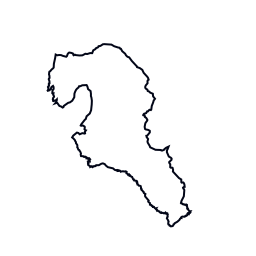 the district of Loeng Nok Tha, Yasothon, Thailand, rotated 42°
{"feature_id": "78962969B75091114631629", "entity_name": "Loeng Nok Tha", "entity_type": "district", "adm_level": 2, "iso_a3": "THA", "parent_name": "Thailand", "parent_adm1": "Yasothon", "projection": "mercator", "projection_center": [104.626, 16.21], "detail": "fine", "context": "isolated", "style": "outline", "palette": "ink", "viewbox_px": 256, "rotation_deg": 42, "n_neighbors": 0, "source": "geoboundaries", "source_scale": "gbopen_adm2", "svg_char_len": 5922}
<svg xmlns="http://www.w3.org/2000/svg" viewBox="0 0 256 256"><g transform="rotate(42 128 128)"><path d="M209.5,133.8L207.5,132.1L206.1,131.5L205.5,131.5L204.4,132.7L203.9,132.6L202.0,130.6L199.4,131.1L190.5,130.3L189.6,129.0L187.8,127.8L187.4,127.9L186.3,128.9L185.6,128.9L183.7,126.7L182.0,126.3L181.4,125.8L181.6,122.5L180.8,121.5L179.8,121.4L177.4,121.9L173.0,119.9L171.8,118.3L171.7,117.5L170.6,114.7L169.5,117.3L169.2,119.4L169.5,119.7L168.6,121.8L167.8,122.4L167.2,122.3L163.0,125.8L157.4,127.5L156.1,126.8L152.5,125.7L151.5,125.0L150.3,122.7L148.0,122.3L146.9,121.5L147.4,120.9L147.2,117.1L147.0,116.4L146.0,115.5L144.3,115.9L142.1,117.2L141.3,117.3L139.6,116.0L138.0,113.4L137.6,112.5L137.3,109.5L136.8,108.9L134.8,108.3L133.2,108.5L132.8,108.0L132.3,108.0L132.0,107.7L130.8,108.3L130.5,107.9L130.4,106.7L131.5,104.8L131.1,102.8L131.7,102.3L131.7,100.3L131.9,99.9L133.0,99.4L133.0,98.8L130.9,95.7L129.6,92.2L128.7,90.4L128.5,88.2L125.5,87.7L123.5,85.9L120.8,86.9L119.6,86.7L117.9,87.3L116.7,86.5L115.2,86.8L114.3,86.7L113.5,86.2L113.1,85.6L112.7,84.4L112.6,81.7L111.0,80.0L110.8,78.9L111.0,78.3L109.5,77.4L108.0,77.0L102.7,76.5L99.7,75.2L96.6,75.6L94.0,76.7L93.5,76.3L85.9,75.6L81.6,74.7L80.0,75.4L79.1,75.4L77.8,75.3L76.2,74.7L72.3,74.8L69.8,73.9L69.3,74.3L68.0,74.0L67.0,74.7L63.0,76.5L59.9,77.1L54.3,81.5L53.3,82.6L52.6,85.4L51.4,86.9L51.7,87.6L51.6,88.6L50.9,89.7L50.8,90.6L51.0,91.2L50.2,93.5L51.3,96.3L49.7,97.7L48.2,100.3L46.6,101.4L45.5,104.5L43.4,106.6L40.2,108.9L39.5,109.0L39.0,110.3L38.3,110.2L37.8,109.7L37.1,109.5L35.3,110.3L33.8,111.3L33.6,112.3L33.7,113.5L34.5,115.4L34.4,116.4L31.3,118.0L29.5,118.6L27.9,119.9L26.8,121.3L25.1,121.8L27.0,124.7L29.9,129.8L32.3,132.8L32.4,133.6L32.1,135.8L32.2,137.7L31.9,138.7L32.1,139.2L33.5,141.1L34.6,141.7L36.2,143.3L36.2,144.3L36.6,144.9L38.2,145.7L39.7,147.2L39.5,147.7L39.9,147.8L40.0,148.6L40.9,149.3L40.9,149.7L41.3,150.3L41.1,150.6L41.4,150.7L41.5,151.4L42.2,151.6L42.9,152.8L43.3,153.0L43.1,154.7L44.4,152.5L44.4,151.3L44.7,150.8L44.0,149.7L43.7,148.7L44.1,146.9L45.2,147.3L46.3,148.4L46.7,149.1L46.7,150.4L48.4,152.8L49.2,152.9L49.5,152.2L50.5,153.5L51.8,153.9L52.2,154.5L52.2,155.6L52.5,156.2L52.9,157.0L53.2,157.2L53.5,157.1L54.2,158.0L54.6,157.9L55.5,156.3L56.0,155.1L56.0,154.4L56.3,154.7L57.3,156.7L57.4,158.4L58.1,157.1L58.6,156.7L62.3,157.5L63.8,156.8L65.7,156.6L66.0,155.9L66.0,155.4L65.5,154.6L66.7,149.3L67.7,147.8L68.3,145.0L67.5,141.1L65.2,138.3L64.5,136.6L63.9,134.6L63.8,133.0L64.1,131.0L63.7,129.7L64.7,128.7L65.4,126.9L68.5,123.8L70.0,124.3L72.3,125.8L75.5,125.6L77.7,127.5L79.0,129.0L80.5,129.9L82.9,131.9L85.3,134.8L88.7,139.5L89.9,142.8L89.4,147.0L90.6,149.6L90.4,150.9L90.8,156.5L91.2,157.8L91.7,157.7L92.4,156.8L93.2,156.2L94.9,156.0L95.8,156.8L96.4,158.0L97.6,158.2L98.3,157.9L98.5,159.8L99.7,160.7L99.6,161.1L97.5,162.4L96.3,165.0L94.5,164.9L93.1,165.6L92.4,170.3L92.8,172.4L94.4,172.3L96.9,172.6L97.6,173.1L98.7,173.3L99.5,174.1L101.5,174.5L102.4,175.2L103.2,176.3L104.0,176.4L104.5,176.8L105.7,177.3L106.5,177.0L107.2,177.4L108.1,177.4L110.1,178.4L110.6,179.4L111.9,180.3L113.7,178.9L114.3,179.0L114.7,178.5L115.0,178.6L115.7,177.7L116.4,177.7L117.1,178.2L117.2,177.9L117.5,178.0L117.6,177.6L118.1,177.7L118.3,177.4L118.7,177.6L119.1,176.8L119.6,177.0L119.9,176.8L119.9,176.5L120.7,176.6L120.6,177.0L120.9,177.1L121.2,177.7L121.0,178.0L121.6,178.3L121.2,178.7L121.8,178.9L121.3,179.4L121.1,179.1L120.8,179.6L121.4,179.7L121.3,180.0L121.7,180.3L121.4,180.4L121.5,180.7L123.1,182.1L125.6,181.8L125.8,182.0L125.9,181.7L126.1,181.9L126.3,181.3L127.6,180.9L127.3,180.3L128.2,179.8L128.2,179.1L128.9,178.7L129.3,178.1L129.1,177.7L129.4,177.3L129.3,176.9L131.2,175.2L132.1,172.4L133.0,171.1L134.9,170.4L136.5,170.7L139.2,170.6L143.9,168.0L146.0,168.0L146.9,167.7L148.0,166.5L148.9,167.1L149.3,166.7L148.7,166.4L149.0,165.8L150.6,165.1L151.6,165.3L151.6,165.0L152.2,164.8L153.2,163.5L154.3,162.9L155.3,161.7L156.2,161.5L156.4,162.1L157.1,162.7L158.0,162.3L158.7,162.6L159.1,162.3L159.5,162.6L159.9,161.8L160.8,162.4L161.0,162.0L161.3,162.2L161.5,161.8L163.1,162.0L163.8,161.6L166.2,162.7L166.8,162.3L167.6,162.9L169.7,161.6L169.9,161.8L170.1,161.6L170.8,161.8L171.0,162.0L170.9,162.4L171.4,162.4L171.7,163.0L172.2,162.9L172.8,163.7L173.5,163.4L174.6,163.6L175.2,163.1L176.3,162.7L177.7,163.7L178.3,164.5L179.1,164.3L179.6,165.0L180.8,164.9L181.7,165.2L182.3,165.0L183.3,165.7L185.1,165.4L185.5,166.4L186.6,167.4L191.9,168.1L192.1,169.0L192.8,169.3L194.5,169.1L195.6,170.3L196.5,169.7L196.9,169.9L197.4,169.7L197.6,169.9L198.1,169.7L198.3,169.9L199.6,169.4L199.7,169.7L200.1,169.3L201.7,169.6L202.2,169.5L202.4,169.2L202.4,169.4L203.0,169.3L203.2,169.5L203.5,169.2L204.6,169.8L204.6,169.4L205.8,169.6L207.1,169.0L207.4,169.3L208.1,169.3L208.6,169.0L208.8,169.1L209.1,168.6L209.5,168.9L210.0,168.6L210.6,167.7L211.8,167.4L212.1,166.7L212.4,166.8L213.0,166.5L212.6,165.7L213.6,165.6L214.1,165.8L214.4,165.2L215.0,165.6L215.4,165.6L216.1,166.8L216.9,167.4L216.8,167.9L217.3,169.1L219.7,169.8L220.3,170.3L220.7,170.3L221.6,171.9L222.5,172.6L223.2,172.3L223.9,172.7L224.3,172.8L224.8,172.3L225.7,172.4L226.8,171.0L226.8,170.0L226.3,169.2L226.6,168.4L226.4,167.6L227.4,164.6L227.7,161.8L227.4,160.6L227.6,159.8L227.5,159.4L227.8,159.2L227.3,158.9L227.3,158.5L227.6,157.5L229.4,156.1L229.7,155.3L229.4,155.2L229.4,154.8L229.9,153.9L230.2,153.9L230.4,153.2L229.9,152.5L230.3,152.4L230.5,151.6L230.2,151.4L230.7,151.2L230.4,150.9L230.5,150.6L230.1,150.4L230.9,149.6L230.9,149.1L230.3,149.0L230.3,148.7L229.9,148.8L229.9,148.3L229.6,148.6L229.4,148.5L229.0,148.7L227.7,148.5L226.9,148.0L226.3,148.4L226.0,148.3L226.0,147.9L225.4,147.7L225.2,147.2L223.9,146.7L223.6,146.0L223.3,145.7L222.6,145.8L222.3,146.6L221.8,146.6L221.2,147.4L220.4,147.3L219.7,148.0L218.7,147.9L218.1,148.4L217.6,148.4L216.5,146.3L215.2,141.4L211.5,136.6L210.7,136.0L209.6,136.0L208.8,135.5L208.9,134.6L209.5,133.8Z" fill="none" stroke="#020617" stroke-width="2"/></g></svg>